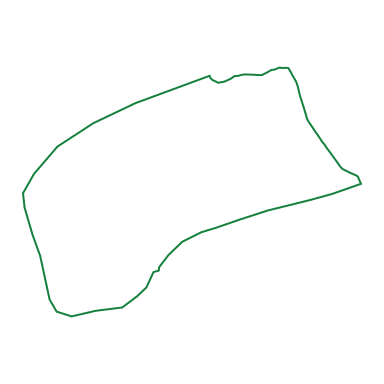 Union Terrace, Gros Islet, Saint Lucia (Albers equal-area conic projection)
{"feature_id": "8701671B11506413614658", "entity_name": "Union Terrace", "entity_type": "district", "adm_level": 2, "iso_a3": "LCA", "parent_name": "Saint Lucia", "parent_adm1": "Gros Islet", "projection": "albers", "projection_center": [-60.956, 14.027], "detail": "fine", "context": "isolated", "style": "outline", "palette": "green", "viewbox_px": 384, "rotation_deg": 0, "n_neighbors": 0, "source": "geoboundaries", "source_scale": "gbopen_adm2", "svg_char_len": 1115}
<svg xmlns="http://www.w3.org/2000/svg" viewBox="0 0 384 384"><path d="M361.0,183.8L360.0,181.7L358.8,178.8L357.9,176.6L356.4,175.6L354.0,174.5L348.8,172.2L345.4,170.4L342.3,168.9L340.3,166.6L331.3,154.1L326.3,147.4L324.5,144.5L322.0,141.6L319.4,137.5L317.6,134.8L315.6,132.2L310.7,124.7L308.5,121.6L307.0,118.7L306.0,114.9L304.9,111.5L304.1,108.5L302.8,104.7L301.8,101.4L300.1,96.1L299.3,92.9L298.4,89.1L297.8,86.5L296.1,81.6L294.2,78.3L292.4,75.3L290.7,71.9L288.4,68.1L287.6,68.0L286.2,67.8L282.7,68.0L279.4,67.6L274.2,69.7L271.5,69.9L268.3,71.8L262.0,75.0L260.3,75.1L256.9,75.0L253.5,74.7L250.0,74.6L244.9,74.4L241.9,74.8L238.0,75.9L234.6,76.1L230.5,78.9L227.0,80.4L224.5,81.6L218.2,82.8L216.0,81.6L212.6,80.1L210.5,78.1L209.6,75.8L135.5,103.1L93.3,123.2L57.4,146.6L34.0,173.9L23.0,193.2L24.6,207.7L32.4,234.3L40.2,256.0L49.6,299.5L56.6,311.6L71.5,316.4L95.7,310.8L122.2,307.5L137.1,296.3L146.4,287.4L153.5,272.1L158.7,270.6L159.2,267.1L168.5,255.0L182.2,241.8L201.4,232.2L214.7,228.2L239.7,219.6L267.7,210.5L310.9,199.8L332.5,193.8L357.0,185.2L361.0,183.8Z" fill="none" stroke="#15803d" stroke-width="2"/></svg>